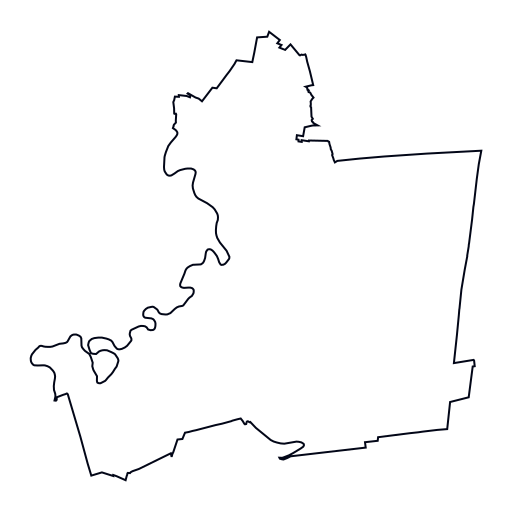 El Higo, Veracruz, Mexico (orthographic projection)
{"feature_id": "50627088B45617363744287", "entity_name": "El Higo", "entity_type": "district", "adm_level": 2, "iso_a3": "MEX", "parent_name": "Mexico", "parent_adm1": "Veracruz", "projection": "orthographic", "projection_center": [-98.455, 21.767], "detail": "fine", "context": "isolated", "style": "outline", "palette": "ink", "viewbox_px": 512, "rotation_deg": 0, "n_neighbors": 0, "source": "geoboundaries", "source_scale": "gbopen_adm2", "svg_char_len": 5964}
<svg xmlns="http://www.w3.org/2000/svg" viewBox="0 0 512 512"><path d="M54.5,400.5L55.9,400.7L56.5,400.0L56.7,399.8L56.7,397.3L63.2,394.8L65.8,394.0L66.6,393.5L67.0,393.5L67.8,394.3L80.4,436.8L87.7,463.7L91.3,475.6L101.9,472.4L112.9,475.9L112.8,475.6L113.1,474.9L116.6,476.2L125.6,480.2L126.7,476.0L127.2,474.8L127.4,473.4L127.8,472.9L130.0,473.1L130.7,472.2L132.5,471.2L138.8,469.0L170.8,453.3L171.6,456.9L172.4,454.0L173.3,452.1L177.5,439.5L182.4,439.0L185.0,432.7L188.7,432.0L192.7,430.9L196.0,430.2L215.5,425.1L222.0,423.7L231.5,421.1L232.2,420.7L237.3,419.3L240.7,418.5L242.7,421.0L244.3,423.7L245.0,424.3L246.2,424.0L246.6,422.1L247.2,421.4L247.8,421.3L248.4,421.5L249.1,422.0L250.1,422.4L250.4,422.1L255.9,427.9L270.7,440.0L273.6,441.5L276.8,442.5L280.6,443.4L284.3,443.7L296.5,441.6L298.8,441.8L301.4,442.4L303.6,443.8L303.9,444.6L303.9,445.5L303.2,446.7L300.7,448.5L292.9,453.2L289.0,455.3L283.0,457.6L281.8,457.8L279.4,457.7L279.9,458.7L282.0,459.3L283.5,459.5L287.3,458.0L290.6,456.3L365.7,447.6L365.0,442.2L377.7,440.8L378.1,437.2L409.8,433.2L418.2,432.3L423.0,431.6L437.4,429.9L447.2,429.1L450.1,402.0L468.7,397.3L472.7,366.5L474.7,366.2L474.1,360.6L473.6,359.9L453.9,363.1L456.9,335.3L458.8,315.5L459.3,309.5L459.5,308.4L461.4,289.6L464.7,269.8L467.3,256.0L467.2,255.6L468.7,246.4L468.8,244.8L469.1,243.1L472.1,219.4L473.4,206.9L473.9,204.0L476.8,178.8L478.8,164.1L481.3,150.7L426.7,153.6L384.1,156.5L359.4,158.6L337.3,160.9L334.9,162.4L333.7,159.8L333.4,158.5L332.1,155.0L332.6,154.1L331.7,150.8L330.8,149.2L330.6,147.4L329.5,144.1L329.1,141.8L328.3,141.5L328.2,141.3L327.6,140.9L309.0,140.5L308.9,141.3L301.7,140.2L301.7,141.9L298.5,141.4L298.5,139.7L296.4,139.3L296.9,135.2L303.1,136.2L304.7,127.3L311.1,125.8L312.7,125.5L317.6,125.4L314.3,123.6L313.0,122.6L312.9,122.1L312.0,121.5L311.7,120.1L312.4,119.1L312.8,118.8L311.5,116.7L311.1,107.2L310.5,106.7L310.4,106.0L310.5,105.5L310.8,105.2L310.8,103.1L310.6,101.5L312.1,99.1L313.5,97.6L311.4,94.9L310.3,92.8L309.7,92.3L308.6,92.1L308.2,90.7L308.7,90.3L308.3,89.9L308.0,90.0L307.6,89.9L307.6,89.4L307.3,89.1L307.3,88.1L306.9,87.4L306.7,87.4L306.6,87.2L305.7,86.7L311.4,85.3L313.2,85.1L309.9,71.3L307.2,61.7L306.2,57.0L305.5,54.7L305.2,54.4L304.9,54.7L302.4,54.9L301.5,54.6L300.0,55.4L299.4,55.1L290.5,44.4L285.1,49.9L279.4,47.6L281.5,45.0L277.3,43.3L279.8,40.0L269.1,31.8L267.3,36.7L257.1,37.4L254.3,52.5L252.3,62.1L236.5,60.3L234.4,64.1L229.6,71.1L226.5,75.1L216.7,88.3L212.4,87.7L202.0,101.3L198.7,98.6L195.5,97.5L188.0,93.2L187.6,93.6L190.5,95.3L190.0,97.3L186.7,96.0L178.8,95.1L178.9,96.8L174.9,96.6L174.2,100.0L173.3,102.1L174.1,108.4L174.2,113.5L174.4,113.8L175.9,113.7L176.2,114.4L175.8,120.6L175.9,122.6L174.0,124.6L173.6,125.5L173.7,125.9L172.9,128.1L175.5,129.9L176.5,131.0L177.3,132.3L177.4,133.1L177.3,134.1L176.7,135.4L175.5,137.1L170.9,142.4L168.3,146.0L165.9,152.1L164.8,155.7L164.5,157.2L164.0,167.0L164.2,169.6L164.6,171.1L165.2,172.2L166.6,174.3L167.5,175.1L168.0,175.3L169.1,175.7L169.9,175.7L171.4,175.4L174.5,173.5L177.8,171.1L180.1,170.1L185.2,168.8L187.8,168.5L191.0,168.5L193.6,169.4L195.1,170.6L195.7,172.1L195.5,173.9L193.0,182.6L192.6,185.5L192.9,188.4L194.3,192.9L195.2,195.0L196.4,196.8L198.3,198.5L207.1,203.2L212.7,207.2L214.7,209.4L217.2,213.6L217.8,215.4L218.0,217.3L217.8,220.0L216.7,223.0L216.2,226.2L215.9,230.1L216.0,233.2L216.5,235.6L217.3,238.0L219.9,242.5L226.6,250.8L229.4,256.8L229.3,258.2L229.0,259.0L226.2,262.6L224.9,263.9L223.3,264.7L221.4,264.9L220.6,264.5L219.2,262.3L218.1,258.9L216.9,256.1L214.9,253.3L213.6,251.7L212.4,250.5L210.7,249.4L209.3,249.2L208.1,249.4L207.6,249.6L206.2,251.5L205.8,253.1L205.1,258.0L204.1,260.9L203.2,262.6L202.2,263.5L200.8,264.4L192.9,264.8L189.9,266.1L187.7,267.5L186.5,268.7L185.5,270.4L184.4,273.7L180.4,283.3L180.2,284.1L180.1,285.0L180.3,286.2L181.1,287.0L182.1,287.5L183.9,287.9L188.2,287.6L190.3,287.6L192.0,288.1L192.8,288.7L193.5,289.6L193.7,290.1L193.7,292.0L193.4,293.4L191.9,295.9L189.5,297.6L188.2,298.9L183.3,305.4L182.3,305.9L178.9,306.5L176.8,307.4L174.7,309.0L170.4,313.1L167.3,314.4L165.6,314.5L161.7,314.1L160.2,313.6L158.9,312.5L157.5,309.9L156.8,309.2L153.9,307.1L152.8,306.7L151.3,306.9L147.8,307.7L145.8,309.0L144.2,310.7L143.5,311.9L143.3,313.3L143.2,314.8L143.3,315.5L143.6,316.3L144.0,316.9L145.1,317.7L151.4,318.4L153.2,319.2L153.8,319.8L154.8,321.3L155.2,322.1L155.5,323.7L155.4,325.9L155.2,327.1L154.7,328.6L153.6,329.7L152.9,330.0L150.6,330.2L148.1,329.5L146.7,327.4L145.0,326.3L143.3,326.0L141.0,325.9L138.6,326.5L131.5,329.8L130.5,330.7L129.9,332.9L129.7,334.2L130.0,335.9L131.2,338.2L131.4,338.9L131.4,340.3L131.0,341.0L127.1,345.8L124.8,347.5L121.8,348.9L119.8,349.3L118.7,349.3L117.7,349.1L116.9,348.7L114.7,346.2L114.0,345.0L112.5,342.1L111.2,340.6L108.8,339.4L106.4,338.6L103.2,337.9L101.9,337.6L98.3,337.6L94.3,338.1L91.7,339.0L89.8,340.6L89.2,341.2L88.7,342.4L88.1,345.1L89.5,349.7L90.8,352.8L91.4,353.3L93.1,353.8L96.1,354.0L99.0,351.5L100.5,350.8L102.4,350.3L104.4,350.1L107.1,350.3L111.3,352.1L113.7,353.3L115.1,354.3L117.7,358.2L118.2,359.5L118.4,360.6L118.3,361.3L116.6,366.6L115.0,368.7L112.9,372.1L111.3,374.2L108.0,377.5L105.9,380.1L105.1,380.9L101.0,383.0L100.1,383.3L98.9,383.2L97.7,382.8L97.3,382.5L96.9,380.9L97.0,376.2L93.6,370.4L93.1,369.1L92.3,366.2L92.7,362.7L90.8,357.0L89.3,354.0L85.0,350.9L83.5,349.3L82.0,347.3L81.5,345.6L81.3,338.4L80.5,336.7L78.9,335.6L76.5,334.6L75.8,334.5L73.4,334.6L72.6,334.9L71.8,335.3L70.4,336.4L67.7,341.2L67.1,342.0L66.3,342.5L65.4,342.9L63.2,343.4L59.5,343.8L52.5,346.5L50.0,346.9L45.8,346.8L43.8,346.5L41.8,345.9L40.8,345.8L39.6,346.1L39.1,346.5L38.3,347.5L35.5,349.9L32.0,354.3L31.3,355.8L30.7,358.1L30.8,360.2L31.0,361.4L31.4,362.4L32.0,363.4L33.4,364.9L34.3,365.3L37.8,365.5L43.3,365.3L44.9,365.4L47.5,366.2L49.8,367.4L50.6,368.2L52.8,370.5L53.6,371.6L54.4,373.0L54.8,374.5L55.1,376.4L54.9,378.6L54.2,382.4L53.8,386.1L54.0,390.0L55.2,393.7L55.4,395.5L55.4,396.7L54.5,400.5Z" fill="none" stroke="#020617" stroke-width="2"/></svg>